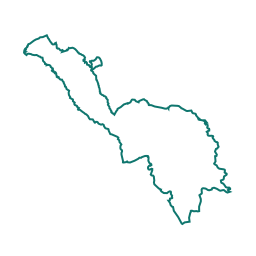 Ilamatlán, Veracruz, Mexico (Albers equal-area conic projection), rotated 83°
{"feature_id": "50627088B4244668772523", "entity_name": "Ilamatlán", "entity_type": "district", "adm_level": 2, "iso_a3": "MEX", "parent_name": "Mexico", "parent_adm1": "Veracruz", "projection": "albers", "projection_center": [-98.447, 20.764], "detail": "fine", "context": "isolated", "style": "outline", "palette": "teal", "viewbox_px": 256, "rotation_deg": 83, "n_neighbors": 0, "source": "geoboundaries", "source_scale": "gbopen_adm2", "svg_char_len": 5803}
<svg xmlns="http://www.w3.org/2000/svg" viewBox="0 0 256 256"><g transform="rotate(83 128 128)"><path d="M41.6,173.2L41.7,176.4L41.3,177.0L43.0,178.1L43.1,178.3L42.9,179.1L43.2,179.3L43.4,178.2L44.4,183.8L43.4,183.0L42.6,183.6L42.9,184.7L42.7,185.6L40.9,186.8L40.6,187.2L40.6,188.3L39.9,188.9L36.4,188.8L35.7,189.2L34.7,189.2L35.1,190.3L35.9,190.7L36.0,191.5L35.9,192.4L34.9,193.5L34.1,193.6L33.3,194.3L31.3,195.3L30.4,195.5L29.3,196.3L26.1,197.3L27.4,201.5L27.3,203.9L27.5,204.6L28.3,205.6L28.9,208.6L29.9,210.9L32.4,215.2L32.6,216.6L33.7,217.4L34.2,217.3L34.7,218.2L35.5,218.2L36.7,220.2L37.5,219.7L37.8,219.9L37.5,220.2L37.6,220.6L38.0,220.8L38.2,221.4L39.2,221.5L39.9,220.3L40.3,221.4L40.7,221.2L40.2,221.9L40.6,222.0L42.2,220.9L43.2,219.8L42.3,219.1L42.1,217.7L42.8,215.3L43.6,214.2L44.3,212.0L44.4,209.8L46.4,207.1L46.5,206.5L47.4,205.8L47.8,204.3L51.1,204.1L53.0,202.6L54.4,202.5L54.5,201.7L55.0,201.0L55.8,201.2L55.6,199.6L56.0,198.3L56.7,197.5L58.1,197.2L58.6,196.5L59.5,196.1L59.7,195.4L60.1,195.3L60.6,195.4L61.7,196.6L61.9,196.6L62.9,195.5L62.5,194.9L64.4,194.1L63.8,193.3L64.1,193.0L65.3,192.6L66.4,192.8L67.2,192.4L68.6,192.5L69.3,191.6L69.3,191.4L68.8,191.0L69.0,190.6L70.0,190.5L71.4,189.5L71.8,188.9L72.0,187.6L73.8,187.0L74.7,186.2L75.6,186.3L77.6,185.5L79.0,185.5L79.0,185.2L79.7,184.6L81.9,184.2L83.8,181.9L85.7,182.6L88.0,182.6L90.3,181.6L91.1,181.9L93.0,179.2L94.7,179.4L96.3,177.8L97.5,178.4L98.6,178.0L99.8,176.0L100.8,175.9L102.1,174.3L103.2,175.4L103.9,175.1L103.8,174.4L104.1,173.5L106.6,171.0L107.7,169.7L108.9,168.7L109.3,167.8L111.3,166.2L113.5,165.5L114.7,164.7L115.2,161.9L118.6,160.4L118.7,160.1L118.0,159.1L118.1,158.1L118.6,157.4L119.9,156.8L120.4,156.2L121.4,154.3L121.1,152.9L121.5,152.3L122.1,151.7L123.3,151.6L125.3,150.6L125.9,149.7L126.5,147.9L126.9,147.5L128.2,147.5L131.9,146.3L132.3,145.0L135.3,139.9L136.1,139.0L136.6,138.7L137.8,139.4L139.2,138.1L140.8,138.2L143.5,136.6L144.7,137.6L146.7,138.0L147.7,138.0L148.9,137.2L149.2,136.8L149.6,136.7L150.7,136.8L151.8,137.5L153.6,137.7L160.0,137.0L161.5,137.2L161.8,136.3L161.6,135.5L161.7,134.2L161.1,133.0L162.0,132.4L162.5,130.2L161.3,125.5L159.8,121.6L158.9,120.3L159.1,118.5L158.6,117.8L157.9,114.8L157.9,113.5L158.2,111.7L158.6,111.5L159.2,111.7L159.3,111.3L160.0,111.2L163.0,111.8L165.2,111.1L166.3,110.0L166.3,109.7L166.9,109.3L167.7,109.3L168.2,110.4L167.8,111.0L168.2,111.8L169.3,112.9L170.7,113.0L171.6,112.6L172.0,111.4L171.3,109.6L171.6,108.9L173.0,109.1L177.0,111.1L177.9,110.4L178.3,108.9L179.3,108.3L183.3,108.3L185.2,108.9L187.1,108.7L191.9,104.7L192.3,103.8L193.6,103.3L193.5,102.8L194.3,103.0L195.0,102.6L196.9,100.4L197.4,97.2L196.5,95.8L196.0,94.5L196.0,94.1L196.4,93.3L197.0,93.2L198.7,93.5L200.6,92.5L201.0,92.8L202.8,92.6L203.0,92.8L203.2,94.9L204.9,95.4L205.2,95.9L205.1,96.7L207.5,95.4L209.7,95.1L211.5,93.8L211.9,92.9L215.8,92.6L222.6,89.0L229.3,86.4L229.9,85.7L228.6,83.3L228.5,78.3L224.5,78.3L220.0,76.6L219.0,75.9L218.0,75.8L217.8,75.5L218.0,74.3L218.7,72.8L218.8,70.2L219.3,68.9L219.2,67.5L214.7,67.0L209.8,64.7L208.4,64.5L207.3,64.4L203.4,65.3L202.0,62.8L201.2,62.6L198.3,62.5L197.4,62.0L197.0,61.4L197.0,60.4L197.6,58.3L199.3,56.2L199.7,55.0L199.3,52.4L198.1,51.8L197.8,50.5L197.9,49.6L199.2,47.2L201.2,44.7L201.5,43.9L201.2,41.1L201.4,40.3L203.6,38.2L204.2,37.1L203.7,34.7L203.0,35.8L201.7,36.4L201.3,35.9L201.1,34.1L200.4,34.0L199.5,34.8L199.3,36.7L198.6,38.1L195.7,39.6L194.5,40.6L193.8,41.9L193.0,42.2L191.4,42.2L190.8,39.7L190.2,39.2L187.8,38.6L186.5,36.0L185.7,35.6L185.1,35.9L184.5,37.0L183.8,37.5L182.4,37.0L181.2,37.1L180.7,38.0L179.5,42.4L178.1,43.8L176.0,44.5L174.4,46.6L173.8,46.8L171.9,45.2L166.6,45.0L166.5,43.6L165.2,43.1L162.1,44.5L161.7,44.4L159.5,43.2L159.2,41.8L158.4,41.3L157.7,40.4L154.9,41.0L153.7,40.7L153.0,41.1L152.6,42.3L151.3,43.7L150.3,43.8L148.6,45.0L147.8,45.2L146.9,44.5L146.3,44.7L145.9,45.9L145.6,48.5L145.2,49.4L144.3,49.8L142.7,49.4L141.4,50.3L140.8,49.2L140.5,47.7L139.4,47.5L138.6,47.6L138.0,48.9L137.3,49.3L136.8,49.3L136.0,48.7L134.8,48.6L133.6,49.8L134.0,50.4L132.9,51.2L132.3,51.0L132.3,49.1L129.7,50.7L129.6,51.6L130.6,51.3L129.8,52.4L129.0,54.5L128.6,56.2L128.2,56.9L127.8,57.0L127.9,56.5L127.4,56.1L127.0,56.8L123.8,58.9L122.8,58.9L122.1,59.3L121.2,61.8L120.6,62.3L118.4,63.0L118.4,67.0L118.1,68.0L115.2,71.9L115.0,72.6L114.3,73.0L112.4,74.9L112.0,76.3L111.0,81.9L111.3,83.6L112.5,84.9L112.5,85.3L113.6,85.5L113.0,85.8L113.5,87.8L113.2,89.2L112.0,92.2L109.9,98.9L108.2,102.0L107.8,104.5L107.4,104.7L106.5,104.5L105.4,105.1L105.1,105.6L103.8,105.8L101.9,108.3L101.4,108.6L101.4,109.6L102.4,113.0L102.7,113.8L103.8,114.3L102.4,116.9L100.8,117.9L100.3,120.3L100.5,120.8L102.8,122.5L103.8,125.2L103.3,125.4L104.1,129.2L106.4,132.7L107.7,136.0L108.8,136.4L109.9,137.6L113.1,139.9L111.8,140.9L111.8,141.3L110.5,142.5L110.1,142.7L109.7,142.3L109.0,142.5L108.5,142.9L107.0,143.3L106.3,144.0L104.7,143.9L102.5,145.1L101.4,144.4L100.1,145.1L97.6,144.7L95.8,146.0L95.0,145.8L93.9,146.7L93.4,148.0L92.6,148.4L92.1,149.6L90.3,151.4L89.2,151.1L88.6,151.6L87.4,151.4L85.0,151.5L83.6,152.0L82.5,151.8L81.4,152.3L80.7,152.1L76.4,153.2L76.2,153.6L72.3,153.3L70.1,155.3L69.3,155.8L68.4,155.7L67.1,156.7L66.4,157.6L65.9,157.5L65.5,156.4L65.3,155.2L63.2,152.2L63.3,151.2L62.6,149.4L62.4,148.6L62.8,147.1L62.5,146.5L60.6,146.2L58.5,146.4L55.7,147.4L54.6,148.2L54.1,149.3L54.1,150.3L55.9,151.7L57.1,153.9L56.8,155.7L57.4,156.4L57.0,157.5L57.5,157.8L58.2,157.5L58.7,156.6L60.4,156.1L61.7,156.7L63.2,156.4L64.0,156.8L63.6,157.0L62.7,158.3L61.5,158.7L61.2,159.1L60.8,159.1L60.1,160.9L58.2,160.9L57.5,161.4L57.9,162.8L56.5,162.7L56.0,164.0L55.1,164.0L54.6,162.6L53.7,162.7L53.0,162.1L51.6,162.6L50.3,163.8L49.7,165.1L48.9,165.8L48.3,167.4L47.2,167.8L46.9,168.6L45.9,168.9L43.4,170.7L42.2,172.1L41.6,173.2Z" fill="none" stroke="#0f766e" stroke-width="2"/></g></svg>